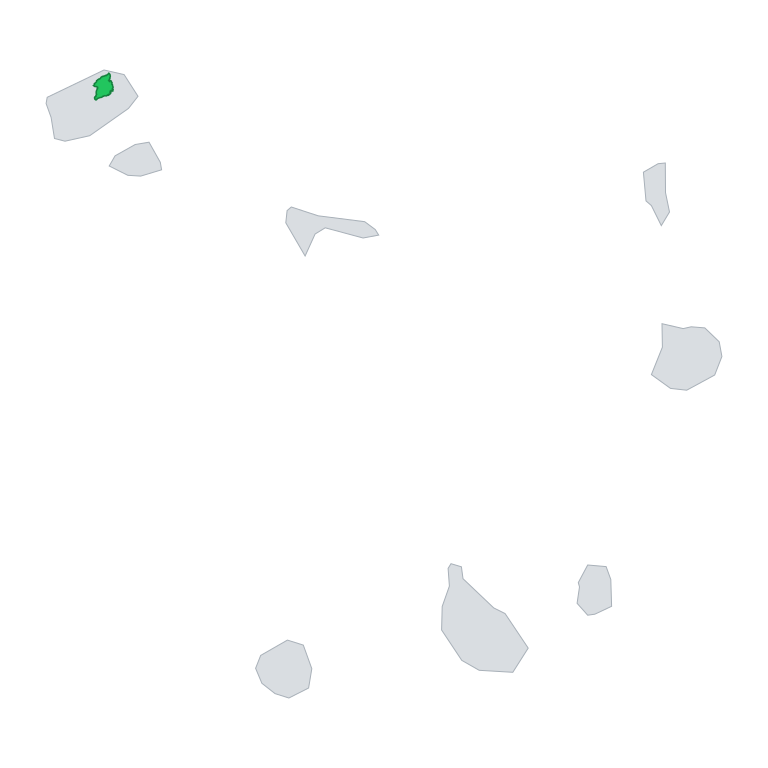 Santo Crucifixo, Ribeira Grande, Cabo Verde (highlighted)
{"feature_id": "66160863B26577257957631", "entity_name": "Santo Crucifixo", "entity_type": "district", "adm_level": 2, "iso_a3": "CPV", "parent_name": "Cabo Verde", "parent_adm1": "Ribeira Grande", "projection": "mercator", "projection_center": [-25.106, 17.131], "detail": "fine", "context": "in_parent", "style": "filled", "palette": "green", "viewbox_px": 768, "rotation_deg": 0, "n_neighbors": 0, "source": "geoboundaries", "source_scale": "gbopen_adm2", "svg_char_len": 4653}
<svg xmlns="http://www.w3.org/2000/svg" viewBox="0 0 768 768"><path d="M528.2,648.1L512.8,672.3L479.2,670.3L461.8,660.4L441.6,630.0L442.2,606.5L449.4,586.1L448.1,568.4L451.0,563.7L461.4,566.8L463.0,578.7L493.7,607.9L505.1,613.6L528.2,648.1ZM89.7,135.7L65.0,141.2L54.5,138.5L51.1,117.4L46.1,103.5L47.2,97.3L104.0,70.0L124.1,74.6L138.0,96.3L128.5,108.4L89.7,135.7ZM662.0,323.7L683.2,328.6L691.2,326.8L704.8,327.9L719.2,341.8L721.9,356.5L714.7,375.0L686.7,390.2L670.5,388.4L651.4,374.6L662.4,347.2L662.0,323.7ZM308.6,688.0L288.9,698.0L275.0,693.6L261.9,683.3L255.6,668.3L260.7,655.4L287.4,640.1L303.3,645.1L311.8,668.7L308.6,688.0ZM364.7,221.7L375.2,229.5L378.7,235.1L363.1,238.0L325.2,227.8L315.1,234.0L305.1,256.0L285.8,222.8L287.1,210.6L291.3,207.0L318.1,215.8L364.7,221.7ZM594.8,614.2L587.7,615.2L577.1,603.3L579.5,586.9L578.3,582.6L587.7,565.0L606.1,566.6L610.8,579.5L611.6,606.3L594.8,614.2ZM161.6,169.8L140.7,176.1L127.8,175.3L109.2,166.0L115.1,155.8L135.2,144.5L149.0,142.2L160.3,162.3L161.6,169.8ZM669.5,212.0L661.3,225.6L651.4,205.6L646.0,200.9L643.4,172.2L658.1,163.7L665.3,163.0L665.5,192.6L669.5,212.0Z" fill="#d9dde1" stroke="#a8b0b8" stroke-width="1"/><path d="M98.7,79.1L98.5,79.3L98.4,79.4L98.2,79.5L97.9,79.6L97.8,79.8L97.7,79.8L97.5,80.1L97.2,80.3L96.9,80.5L96.6,80.6L96.6,81.4L96.5,81.5L96.4,81.7L96.2,82.0L96.1,82.3L95.9,82.5L95.7,82.7L95.5,82.8L95.3,82.9L95.2,83.0L94.7,83.4L94.4,83.6L94.5,83.8L94.5,84.2L94.5,84.4L94.4,84.7L94.1,84.8L94.0,85.2L94.0,85.3L94.0,85.6L94.0,85.8L93.9,85.8L94.0,85.9L94.1,86.1L94.4,86.3L94.5,86.4L94.8,86.5L95.1,86.5L95.3,86.6L95.6,86.5L95.9,86.4L96.5,86.6L96.8,86.9L97.1,87.0L97.4,87.0L97.5,87.2L97.7,87.3L97.7,87.5L97.6,87.9L97.6,88.0L97.6,88.3L97.4,88.3L97.3,88.5L97.2,88.5L97.1,89.0L97.2,89.4L97.0,89.6L96.9,89.8L96.8,90.1L96.6,90.3L96.5,90.6L96.5,90.9L96.4,91.1L96.4,91.3L96.3,91.5L96.3,91.8L96.2,91.9L96.2,92.0L96.2,92.8L96.3,92.9L96.3,93.0L96.2,93.5L96.5,94.1L96.6,94.3L96.6,94.5L96.2,94.8L96.1,95.0L96.0,95.4L95.9,95.5L96.0,96.0L95.9,96.5L95.7,96.7L95.2,96.7L94.8,97.0L94.7,97.1L94.6,97.5L94.5,97.8L94.5,98.0L94.6,98.3L94.7,98.5L94.8,98.5L95.0,98.9L95.0,99.1L95.0,99.4L95.3,99.5L95.6,99.8L95.8,99.9L96.0,99.8L96.3,99.8L96.3,99.7L96.5,99.7L97.3,98.8L97.4,98.5L99.1,97.9L99.9,97.6L101.8,97.3L101.9,97.2L102.7,96.4L102.8,96.3L103.3,96.4L103.6,96.1L103.9,96.0L104.0,95.9L104.3,95.8L104.4,95.7L104.5,95.7L104.8,95.8L105.0,95.9L105.3,95.8L105.5,95.8L105.9,95.8L106.0,95.8L106.3,95.9L106.6,95.8L106.9,95.4L107.1,95.4L107.3,95.2L107.6,95.0L107.5,95.3L107.8,95.4L108.1,95.4L108.3,95.3L108.5,95.2L108.8,94.8L109.0,94.8L109.4,94.6L109.5,94.5L109.7,94.3L110.0,94.1L110.1,93.9L110.2,93.6L110.3,93.5L110.3,93.4L110.5,93.3L110.6,93.2L110.3,93.0L110.2,92.8L110.0,92.7L110.0,92.4L110.1,92.2L110.2,91.8L110.2,91.6L110.4,91.7L110.5,91.7L110.4,91.6L110.5,91.5L110.8,91.5L110.8,91.3L110.8,91.0L110.8,90.8L110.9,90.7L111.0,91.0L111.3,91.1L111.6,90.8L111.9,90.8L112.0,90.8L112.4,91.1L112.7,91.0L112.8,91.0L112.8,90.9L112.9,90.7L112.9,90.4L112.8,90.1L112.9,89.9L113.0,89.9L113.1,89.6L112.9,89.5L113.0,89.4L112.9,89.2L112.7,89.1L112.4,89.0L112.3,88.9L112.5,88.6L112.6,88.4L112.8,88.1L112.9,87.9L113.0,87.8L113.0,87.7L113.0,87.4L113.1,87.2L112.9,87.1L112.8,86.8L112.8,86.4L112.7,86.2L112.6,85.9L112.6,85.7L112.6,85.4L112.5,85.2L112.5,84.7L112.4,84.6L112.2,84.4L111.8,84.2L111.9,83.5L111.9,83.4L111.9,82.9L112.0,82.9L112.0,82.7L111.9,82.7L111.7,82.6L111.6,82.4L111.4,82.2L111.4,81.9L111.4,81.6L111.4,81.4L111.4,81.2L111.2,81.0L110.9,80.9L110.7,80.8L110.4,80.7L110.2,80.8L109.9,81.0L109.7,81.2L109.6,81.3L109.5,81.5L109.3,81.4L109.2,81.1L109.1,80.9L109.2,80.7L109.2,80.4L109.2,80.2L109.3,80.0L109.2,80.0L109.3,79.9L109.2,79.7L109.3,79.5L109.3,79.4L109.4,79.2L109.5,79.0L109.6,78.9L109.6,78.7L109.8,78.5L109.8,78.4L110.0,78.3L110.0,78.2L109.9,78.1L109.9,77.9L109.8,77.7L110.0,77.5L110.0,77.4L110.1,77.1L110.2,76.8L110.2,76.7L110.3,76.4L110.3,76.1L110.3,75.9L110.2,75.6L110.1,75.4L110.1,75.2L110.1,74.9L110.0,74.5L109.9,74.4L109.8,74.2L109.7,74.2L109.5,73.9L109.4,73.8L109.2,73.7L109.1,73.4L108.9,73.2L108.7,73.2L108.6,73.5L108.5,73.8L108.4,73.8L108.2,74.0L107.8,74.3L107.7,74.4L107.4,74.5L107.2,74.8L106.8,75.0L106.8,75.3L106.7,75.4L106.4,75.3L106.2,75.3L105.8,75.4L105.8,75.5L105.4,75.4L105.3,75.5L105.2,75.7L104.9,75.7L104.8,75.8L104.7,75.9L104.5,76.0L104.0,76.1L103.9,76.1L103.8,76.3L103.7,76.3L103.5,76.2L103.3,76.2L103.0,76.2L102.9,76.3L102.8,76.5L102.5,76.6L102.4,76.5L102.2,76.5L102.0,76.8L101.9,76.8L101.7,76.9L101.4,77.0L101.2,77.1L101.1,77.3L100.8,77.7L100.7,77.9L100.6,78.0L100.4,78.3L100.0,78.5L99.9,78.8L99.7,79.0L99.3,79.1L99.1,79.0L98.8,79.0L98.7,79.1Z" fill="#22c55e" stroke="#15803d" stroke-width="1.5"/></svg>